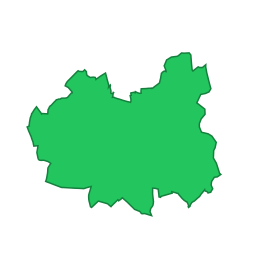 Obio/Akpor, Rivers, Nigeria, rotated 190°
{"feature_id": "59680162B6299894636493", "entity_name": "Obio/Akpor", "entity_type": "district", "adm_level": 2, "iso_a3": "NGA", "parent_name": "Nigeria", "parent_adm1": "Rivers", "projection": "robinson", "projection_center": [7.009, 4.856], "detail": "fine", "context": "isolated", "style": "filled", "palette": "green", "viewbox_px": 256, "rotation_deg": 190, "n_neighbors": 0, "source": "geoboundaries", "source_scale": "gbopen_adm2", "svg_char_len": 5288}
<svg xmlns="http://www.w3.org/2000/svg" viewBox="0 0 256 256"><g transform="rotate(190 128 128)"><path d="M88.3,211.2L90.6,208.4L91.8,207.2L97.6,205.4L101.8,201.7L103.0,196.1L103.2,195.6L100.8,191.6L100.3,190.2L102.2,190.4L103.8,188.9L104.2,188.1L104.6,187.7L104.6,187.3L104.5,186.5L104.6,185.2L104.5,182.9L104.7,180.2L104.8,177.9L105.9,176.7L107.0,175.5L108.9,173.5L110.3,171.9L110.8,171.4L111.5,171.1L111.7,171.4L112.2,171.2L114.9,170.6L117.0,170.0L119.7,169.4L119.8,169.4L121.8,168.9L121.7,167.6L121.6,166.4L121.3,165.3L121.1,164.6L122.2,164.2L123.4,164.2L124.2,164.3L125.5,164.6L127.1,165.1L127.2,164.5L127.0,164.0L127.1,163.8L127.4,163.9L127.8,164.0L128.2,164.2L128.6,164.1L129.9,163.6L131.2,163.1L131.3,163.0L131.2,162.5L130.8,161.6L130.5,160.7L131.5,160.3L130.3,157.3L129.9,156.0L129.8,154.8L129.9,154.3L130.0,153.7L130.7,153.8L132.9,153.9L135.4,154.1L138.8,154.5L141.4,154.9L143.6,155.1L146.4,155.5L146.8,155.7L147.1,155.8L147.5,155.8L148.6,155.5L148.5,156.2L148.5,157.2L148.6,159.0L148.3,160.4L148.7,160.5L148.9,159.3L149.0,159.2L149.9,159.2L150.8,159.2L150.9,159.3L151.1,159.9L151.1,160.1L151.1,160.5L151.1,161.0L151.2,161.5L151.4,162.1L151.8,162.9L152.2,163.8L152.5,164.4L152.7,164.7L152.7,164.8L152.7,165.4L152.7,166.8L152.9,167.2L154.2,164.9L154.2,165.8L154.3,166.4L154.5,166.8L154.6,167.2L155.4,168.9L156.3,170.8L157.2,172.7L157.6,173.7L158.3,175.2L159.7,178.2L163.9,174.5L167.0,171.3L167.3,171.1L168.0,170.2L169.0,172.1L170.9,172.1L174.1,171.2L177.4,172.6L178.1,173.9L178.8,176.3L180.8,177.8L181.8,176.3L182.1,175.9L182.3,175.8L183.4,175.6L185.8,175.3L187.1,175.7L187.8,174.8L188.6,173.7L192.3,168.3L195.8,163.3L196.4,161.9L196.8,160.8L196.9,160.2L197.1,159.4L197.2,158.6L195.0,157.9L194.0,157.6L193.6,157.4L193.0,156.8L192.3,156.3L191.3,155.4L190.7,155.0L190.1,154.4L189.6,154.1L189.2,153.5L189.1,153.1L189.1,152.9L189.6,152.9L189.8,152.7L190.1,152.2L190.7,151.2L191.3,150.3L192.1,148.8L192.5,148.2L193.0,147.5L193.6,147.1L194.2,146.8L194.8,146.6L195.6,146.4L196.1,146.3L198.0,146.0L198.4,145.9L198.8,145.7L199.5,145.0L199.8,144.7L201.4,144.4L201.8,144.1L202.9,143.6L203.5,143.3L203.8,142.8L204.4,141.8L205.3,140.6L206.3,139.0L207.3,137.4L207.9,136.6L208.4,136.3L208.7,135.7L209.2,134.7L209.3,133.7L209.5,133.1L209.9,132.4L209.5,128.0L211.9,127.7L215.3,127.3L215.5,126.9L221.8,133.0L223.4,129.9L223.8,129.0L224.5,127.2L225.0,126.0L225.4,125.4L225.4,123.9L225.6,122.9L225.9,121.6L226.0,120.4L226.0,119.8L226.0,118.7L226.0,117.4L226.0,116.6L225.9,115.5L225.9,114.4L225.9,113.7L225.8,113.1L225.6,112.9L227.5,111.5L226.5,109.9L225.4,108.0L221.6,102.2L221.3,101.4L219.9,99.0L219.0,97.5L218.8,96.9L218.3,95.5L217.6,93.8L214.4,94.7L213.6,94.9L213.5,91.9L213.5,89.6L213.5,88.5L213.4,87.8L213.2,87.2L212.9,86.6L212.7,86.0L212.3,85.0L211.8,83.7L211.1,82.1L210.7,81.6L210.3,81.3L209.8,81.0L208.1,81.0L206.0,81.5L204.9,81.6L200.6,81.0L197.9,79.7L198.3,78.8L199.7,75.4L199.8,75.0L199.9,74.7L199.8,73.8L199.8,73.3L199.7,72.6L199.6,72.0L199.5,70.8L199.4,69.5L199.4,68.5L199.4,67.3L199.4,65.6L199.4,64.6L199.5,62.7L199.7,61.7L199.8,61.1L199.0,60.9L195.5,60.3L191.6,59.5L183.1,57.9L181.1,58.2L175.1,58.9L169.9,59.5L164.7,60.2L161.0,60.6L158.2,62.1L155.9,63.2L154.1,64.0L154.7,58.5L154.9,56.7L155.0,56.3L155.0,54.8L154.9,53.8L154.4,51.6L154.1,50.5L153.6,49.2L152.2,46.1L151.3,44.0L151.2,44.0L150.7,43.7L150.4,43.5L150.2,43.4L150.0,43.6L149.5,44.2L147.7,46.6L145.5,49.6L144.5,50.8L144.2,50.9L143.1,50.7L138.0,50.2L136.4,50.0L135.6,49.9L135.1,49.9L134.8,49.8L134.5,49.6L133.9,49.2L132.7,48.5L131.1,47.6L130.8,48.2L125.5,55.6L124.5,54.7L124.0,55.4L123.6,55.7L122.9,56.3L122.3,57.1L121.8,57.6L121.7,57.8L121.7,58.2L121.6,58.3L121.1,58.1L120.1,57.4L118.7,56.6L117.6,55.9L116.2,55.1L115.3,54.5L110.7,51.3L109.6,50.6L108.8,50.0L107.8,49.3L107.4,49.0L106.8,48.9L105.8,48.7L104.9,48.5L104.2,48.3L102.4,48.0L101.8,47.8L101.5,47.6L101.0,47.1L100.6,46.7L100.2,46.3L100.0,46.2L99.7,46.1L99.4,46.0L98.9,46.1L98.0,46.3L97.0,46.6L96.8,46.6L96.3,46.6L95.6,46.5L94.3,46.4L93.1,46.2L89.5,45.8L91.7,49.3L91.8,49.9L91.7,50.6L91.7,51.6L91.6,52.7L91.2,53.5L90.3,55.3L90.0,56.5L90.0,58.1L90.1,59.7L90.9,62.5L91.4,64.2L92.3,67.3L93.3,73.0L92.2,73.2L90.2,73.3L87.6,73.0L87.6,72.8L87.1,71.2L86.4,68.9L85.9,67.2L85.5,65.5L83.9,65.4L83.9,66.2L82.0,67.2L79.9,68.2L77.5,69.4L73.2,71.5L73.7,72.9L71.9,72.7L69.8,72.5L68.8,72.3L67.6,72.2L67.4,72.3L65.7,70.6L64.3,69.6L63.1,68.5L60.5,66.7L57.9,65.5L57.7,65.6L57.2,65.5L56.1,64.1L55.0,62.4L55.0,62.2L54.9,61.8L55.0,61.5L55.1,61.2L54.6,60.3L54.0,60.9L53.6,61.2L53.4,61.5L53.3,61.9L53.3,62.5L53.3,62.9L53.1,63.4L52.8,64.3L52.5,65.0L52.3,65.5L51.8,66.1L51.5,66.4L51.0,66.8L50.2,67.4L49.9,67.7L49.3,68.4L48.4,69.6L47.7,70.5L47.1,71.3L46.1,72.4L45.6,73.1L45.3,73.7L44.6,75.4L43.1,78.0L41.8,80.5L41.6,79.9L41.3,79.5L40.8,79.3L39.6,79.2L39.1,79.0L38.2,78.4L37.9,77.9L36.1,78.8L35.4,79.0L35.4,79.4L34.0,82.8L36.2,86.2L36.4,89.8L34.4,94.5L31.5,95.4L28.5,98.4L29.9,99.2L34.9,108.7L38.7,113.3L39.7,120.8L38.8,123.6L38.6,129.2L44.0,134.6L48.1,136.2L54.9,136.6L57.9,141.4L58.5,144.7L57.5,149.7L54.5,154.9L55.6,159.9L64.6,164.7L62.2,173.7L57.8,175.4L54.5,177.6L53.2,181.1L55.4,185.7L60.0,196.0L62.1,201.7L62.4,203.8L65.2,200.5L68.0,200.0L69.5,200.4L74.0,195.4L74.9,196.3L76.7,202.6L78.8,210.8L80.8,212.6L85.8,211.4L88.3,211.2Z" fill="#22c55e" stroke="#15803d" stroke-width="1.5"/></g></svg>